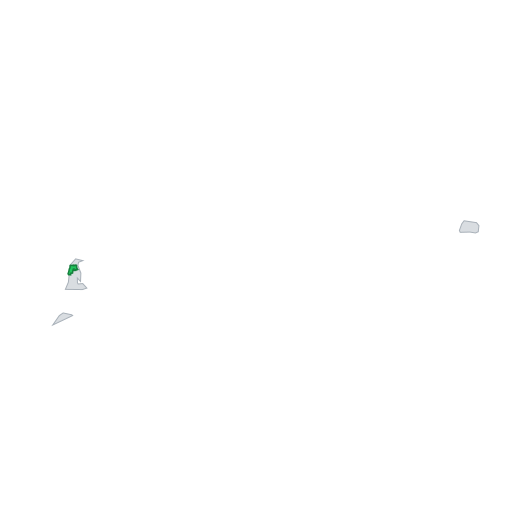 location of Nukunuku, Tongatapu, Tonga, rotated 63°
{"feature_id": "48082658B69213589871259", "entity_name": "Nukunuku", "entity_type": "district", "adm_level": 2, "iso_a3": "TON", "parent_name": "Tonga", "parent_adm1": "Tongatapu", "projection": "equal_earth", "projection_center": [-175.292, -21.16], "detail": "fine", "context": "in_parent", "style": "filled", "palette": "green", "viewbox_px": 512, "rotation_deg": 63, "n_neighbors": 0, "source": "geoboundaries", "source_scale": "gbopen_adm2", "svg_char_len": 2060}
<svg xmlns="http://www.w3.org/2000/svg" viewBox="0 0 512 512"><g transform="rotate(63 256 256)"><path d="M198.6,427.2L200.2,427.2L201.9,422.9L207.8,421.3L207.1,425.9L199.2,441.0L194.2,435.1L179.6,425.5L176.7,418.0L181.5,412.4L181.0,416.9L183.5,419.0L191.7,419.8L199.0,423.9L194.5,425.2L198.6,427.2ZM331.8,54.5L327.6,63.3L325.6,63.2L320.8,58.1L319.1,54.6L326.4,44.4L330.2,43.6L335.3,47.0L335.1,50.0L331.8,54.5ZM225.8,446.4L225.2,468.4L219.8,458.3L219.2,453.7L224.7,446.9L225.8,446.4Z" fill="#d9dde1" stroke="#a8b0b8" stroke-width="1"/><path d="M187.1,421.0L186.6,421.1L186.0,421.1L185.9,421.3L185.8,421.2L185.6,421.1L185.3,421.0L185.2,421.0L184.9,421.0L184.4,420.9L184.1,420.7L183.9,420.6L183.6,420.5L183.5,420.4L183.3,420.3L183.0,420.2L182.8,420.2L182.7,420.2L182.2,420.8L182.1,421.1L182.3,421.3L182.2,421.4L182.0,421.8L182.2,422.0L182.1,422.3L181.9,422.1L181.7,422.5L181.6,422.8L181.5,422.7L181.4,422.6L181.2,422.9L181.3,423.0L181.5,423.2L181.3,423.5L181.1,423.8L181.0,424.0L180.9,424.1L180.7,424.4L180.6,424.9L180.3,425.2L180.2,425.4L180.1,425.5L180.1,425.9L180.4,426.1L180.7,426.3L181.0,426.4L181.1,426.5L181.3,426.6L181.8,426.9L182.0,427.0L182.3,427.3L182.3,427.5L182.5,427.7L182.5,427.8L182.6,428.0L182.8,428.2L182.9,428.3L183.0,428.4L183.1,428.5L183.3,428.6L183.5,428.8L183.8,429.0L184.0,429.2L184.2,429.3L184.4,429.5L184.6,429.7L184.8,429.8L185.0,430.0L185.3,430.3L185.5,430.5L185.8,430.8L186.0,431.0L186.3,431.4L186.6,431.5L186.9,431.5L187.2,431.5L187.7,431.4L187.8,430.7L187.9,430.4L188.0,430.1L188.3,430.2L188.6,429.7L188.2,429.5L187.9,429.4L187.6,428.9L187.4,428.8L187.2,428.6L187.7,427.9L187.7,427.5L187.8,427.4L187.9,427.2L187.5,426.9L187.3,426.8L187.1,426.7L186.9,426.6L186.7,426.4L186.2,426.1L185.8,425.8L185.5,425.5L185.4,425.4L185.1,425.1L184.7,424.7L184.8,424.5L184.8,424.4L185.0,424.0L185.3,424.2L185.5,424.3L186.2,424.8L186.7,423.8L186.8,423.5L186.9,423.3L186.6,423.2L186.4,423.0L186.3,422.9L186.4,422.5L186.5,422.5L186.8,422.6L186.9,422.1L187.0,421.9L187.0,421.6L187.1,421.0Z" fill="#22c55e" stroke="#15803d" stroke-width="1.5"/></g></svg>